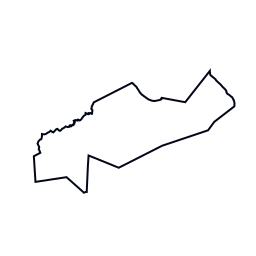 San Jose, Copán, Honduras (Robinson projection), rotated 333°
{"feature_id": "27666195B88846849027409", "entity_name": "San Jose", "entity_type": "district", "adm_level": 2, "iso_a3": "HND", "parent_name": "Honduras", "parent_adm1": "Copán", "projection": "robinson", "projection_center": [-88.677, 14.914], "detail": "fine", "context": "isolated", "style": "outline", "palette": "ink", "viewbox_px": 256, "rotation_deg": 333, "n_neighbors": 0, "source": "geoboundaries", "source_scale": "gbopen_adm2", "svg_char_len": 4073}
<svg xmlns="http://www.w3.org/2000/svg" viewBox="0 0 256 256"><g transform="rotate(333 128 128)"><path d="M232.5,157.0L232.7,156.8L232.9,156.5L233.3,155.8L233.7,155.1L233.8,154.9L234.1,154.5L234.1,154.4L234.3,153.7L234.4,153.2L234.6,152.5L234.7,152.2L234.8,151.8L234.8,151.7L234.8,151.3L234.9,151.2L234.8,150.9L234.8,150.7L234.7,150.5L234.7,150.4L234.8,150.2L234.8,149.9L234.8,149.6L234.8,149.3L234.8,149.0L234.8,148.7L234.8,148.4L234.8,148.2L234.7,147.9L234.7,147.7L234.5,147.4L234.4,147.3L234.4,147.2L234.2,146.9L234.1,146.6L234.0,146.4L233.9,146.1L233.7,145.7L233.6,145.3L233.4,144.9L233.3,144.7L233.2,144.5L233.2,144.4L233.1,144.2L232.9,143.9L232.7,143.7L232.5,143.3L232.4,143.2L232.3,142.9L232.2,142.8L232.2,142.7L232.1,142.4L232.0,142.2L231.9,141.9L231.9,141.7L231.9,141.4L231.9,141.2L232.0,141.0L232.0,140.9L232.0,140.7L232.2,140.4L232.2,140.2L232.3,140.1L232.3,139.8L232.3,139.6L232.4,139.4L232.4,139.2L232.3,138.9L232.3,138.7L232.3,138.4L232.2,138.2L232.2,137.9L232.1,137.7L232.0,137.3L231.7,136.5L231.6,136.1L231.4,135.6L231.1,134.6L230.9,134.2L230.8,133.8L230.8,133.7L230.7,133.5L230.7,133.4L230.7,133.1L230.6,132.9L230.6,132.7L230.5,132.3L230.5,132.2L230.4,131.9L230.3,131.5L230.2,131.1L230.0,130.7L229.8,130.2L229.7,129.8L229.4,129.1L229.2,128.6L228.9,127.9L228.8,127.6L228.7,127.3L228.6,126.8L228.4,126.4L228.3,126.0L228.2,125.5L228.1,125.4L228.1,125.2L228.1,124.9L228.1,124.6L228.1,124.4L228.0,124.2L227.9,123.8L227.8,123.6L227.6,123.2L227.4,122.7L227.1,122.0L226.2,120.0L226.1,119.7L225.8,119.1L225.7,118.9L225.6,118.7L225.6,118.4L225.5,118.2L225.6,117.8L225.6,117.7L225.6,117.4L225.7,117.2L225.9,116.7L226.1,116.2L226.2,115.8L226.5,115.0L226.6,114.7L226.8,114.3L190.7,131.0L171.8,116.5L171.7,116.6L171.4,116.7L171.2,116.7L171.1,116.8L170.9,116.9L170.9,117.0L170.9,117.3L170.8,117.5L170.7,117.5L170.4,117.6L169.7,117.5L169.3,117.4L168.9,117.4L168.4,117.3L168.0,117.2L166.4,116.7L165.5,116.5L164.5,116.2L164.3,116.1L164.2,116.0L163.8,115.9L163.7,115.9L163.4,115.7L163.1,115.5L162.9,115.4L162.6,115.2L162.4,115.0L162.2,114.9L162.0,114.7L161.8,114.6L161.7,114.5L161.5,114.3L161.4,114.2L161.2,114.1L161.1,113.9L160.5,113.2L160.2,112.9L159.9,112.6L159.6,112.3L159.5,112.1L159.3,111.9L159.2,111.7L159.1,111.4L158.7,110.8L158.4,110.2L157.8,109.1L157.2,107.9L156.6,106.8L156.1,105.7L155.9,105.2L155.6,104.8L155.6,104.6L155.5,104.4L155.4,104.3L155.4,104.2L155.3,103.9L155.2,103.7L155.2,103.4L155.1,103.1L155.0,102.8L154.9,102.6L154.9,102.4L154.9,102.2L154.8,101.8L154.8,101.6L154.7,101.4L154.7,101.2L154.6,100.0L154.5,98.4L154.3,97.2L154.2,96.1L154.2,95.6L154.2,95.4L154.2,95.2L153.8,94.2L153.5,93.4L153.1,92.3L152.8,91.2L152.6,90.9L152.5,90.4L152.1,89.6L109.1,89.6L107.8,90.8L107.2,91.0L106.7,91.6L106.1,92.0L105.6,92.3L105.1,92.9L104.8,93.6L104.2,94.0L104.0,94.4L104.2,95.2L104.4,95.7L104.2,96.4L103.4,97.4L103.1,97.8L102.8,98.5L102.3,99.0L102.0,98.9L101.9,98.4L101.8,98.2L101.4,97.7L101.1,97.8L100.5,97.8L100.4,97.6L100.2,97.1L99.8,96.9L99.6,97.3L99.2,97.8L98.9,97.8L98.6,97.5L98.2,97.1L97.9,96.4L97.0,95.4L96.6,96.1L96.0,97.0L95.2,97.0L94.5,97.0L93.9,97.2L93.1,97.5L92.4,98.0L91.6,98.3L90.8,98.8L89.8,99.2L88.9,99.4L88.2,99.2L88.1,98.8L87.7,98.2L87.1,97.7L86.7,97.8L86.7,98.2L86.5,98.5L86.1,98.3L85.6,97.8L85.2,97.3L84.8,97.1L84.3,97.0L83.6,96.9L82.9,96.9L82.8,97.5L83.2,98.0L83.4,98.5L83.2,98.7L82.7,98.9L82.1,99.0L81.9,99.2L81.8,99.4L81.9,99.8L81.6,99.8L81.1,99.8L80.8,99.9L80.8,100.5L80.5,100.6L80.2,100.3L79.4,100.0L78.9,100.1L78.7,100.4L78.4,100.7L78.1,100.7L77.9,100.6L77.9,100.2L77.9,99.7L77.7,99.2L77.3,99.3L77.2,99.5L76.9,99.6L76.7,99.6L76.4,99.8L76.3,100.1L76.1,100.3L75.6,100.1L74.6,99.7L73.2,98.3L71.0,98.8L69.1,98.8L66.6,99.7L65.5,99.2L64.7,96.7L63.7,96.5L59.4,98.0L58.6,96.9L57.9,95.3L56.1,95.8L55.0,95.7L52.2,96.0L50.7,95.8L48.6,94.3L47.4,96.6L45.7,98.6L44.3,98.4L42.2,99.2L40.3,100.9L40.3,102.9L40.2,104.8L38.8,106.4L38.9,107.7L38.6,110.3L31.3,110.4L21.1,134.0L50.9,143.9L59.4,165.7L61.7,165.8L62.2,166.2L75.5,142.8L80.4,134.6L101.7,159.2L150.4,159.3L198.3,166.4L207.6,161.7L232.5,157.0Z" fill="none" stroke="#020617" stroke-width="2"/></g></svg>